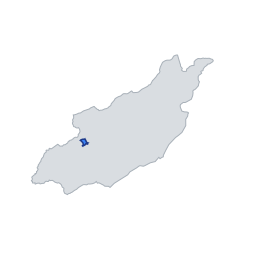 Telmen, Dzavhan, Mongolia (highlighted), rotated 321°
{"feature_id": "93677404B12487525964315", "entity_name": "Telmen", "entity_type": "district", "adm_level": 2, "iso_a3": "MNG", "parent_name": "Mongolia", "parent_adm1": "Dzavhan", "projection": "robinson", "projection_center": [97.583, 48.784], "detail": "fine", "context": "in_parent", "style": "filled", "palette": "blue", "viewbox_px": 256, "rotation_deg": 321, "n_neighbors": 0, "source": "geoboundaries", "source_scale": "gbopen_adm2", "svg_char_len": 4451}
<svg xmlns="http://www.w3.org/2000/svg" viewBox="0 0 256 256"><g transform="rotate(321 128 128)"><path d="M19.8,108.1L20.6,108.1L21.8,107.3L22.0,106.2L22.4,105.6L25.4,105.4L26.7,105.7L26.9,105.0L27.2,104.9L27.9,105.5L28.6,105.2L29.0,105.0L29.5,104.2L30.5,104.3L32.3,103.4L32.3,101.8L32.9,101.4L34.5,101.1L34.7,100.4L35.1,100.2L36.2,100.0L38.2,99.2L39.1,99.2L39.8,98.5L41.6,97.5L44.2,97.1L44.5,96.7L46.9,95.2L49.4,95.2L50.2,93.9L50.6,93.8L52.3,95.3L53.1,95.1L53.4,94.5L54.4,94.5L54.9,95.6L55.5,96.0L63.1,96.4L63.3,96.8L63.7,99.2L65.1,100.3L65.4,100.8L67.5,100.6L68.7,101.5L70.5,101.5L71.4,101.7L73.2,100.9L73.6,100.9L74.2,101.3L75.0,101.0L76.7,101.8L78.0,101.7L78.6,102.0L79.3,101.7L81.2,102.0L82.6,103.3L83.7,103.2L84.9,102.3L85.2,101.7L86.9,101.4L87.9,100.9L88.6,100.4L89.6,98.5L89.8,96.6L88.9,96.3L88.1,95.6L87.6,94.6L87.6,93.9L86.7,92.8L86.8,92.3L87.3,91.3L87.5,89.8L88.1,89.0L89.3,88.5L89.4,87.9L90.2,86.7L92.1,86.0L93.1,84.7L93.7,83.4L94.7,84.1L97.1,85.0L99.2,85.5L100.5,86.4L104.1,86.7L110.1,88.9L111.4,88.8L115.0,89.8L115.3,90.1L115.3,91.8L115.6,92.3L115.8,94.1L116.5,95.0L116.3,96.1L116.7,96.5L117.5,96.6L119.0,97.8L122.2,98.6L123.2,99.3L125.4,99.8L126.5,99.5L128.3,99.7L129.0,99.6L130.1,98.7L130.9,98.5L135.0,97.8L136.1,97.2L136.9,97.1L140.2,97.6L142.5,98.5L145.8,98.4L147.3,99.4L148.1,100.3L149.4,101.1L154.0,101.4L154.2,101.6L154.2,103.6L154.4,103.9L157.5,106.1L158.9,106.7L163.1,106.6L169.6,108.0L171.1,107.6L172.5,108.3L173.0,108.3L177.1,106.5L177.7,106.6L182.0,105.9L184.7,105.0L186.8,105.0L188.4,104.2L189.0,102.7L191.6,100.9L196.2,98.7L199.2,99.1L201.0,99.8L202.9,101.4L204.0,101.9L206.0,102.0L208.6,100.9L210.1,101.2L211.5,101.7L212.4,102.5L208.9,110.8L208.9,111.3L207.7,113.1L207.7,115.8L206.0,116.8L206.4,118.4L206.8,119.0L208.9,120.6L209.5,120.4L210.0,119.7L211.0,119.1L212.9,119.3L214.6,119.0L216.7,119.6L218.7,120.9L221.3,118.0L223.8,117.7L226.2,118.1L228.2,120.0L230.4,120.9L231.1,122.0L232.0,122.4L232.3,122.9L235.2,125.1L235.9,126.6L236.7,127.6L236.8,128.7L236.7,129.2L235.7,129.8L231.9,129.5L229.7,128.4L228.9,129.0L226.1,128.8L224.5,129.2L223.4,129.6L222.8,130.3L222.4,130.5L221.9,130.5L221.0,129.9L220.3,129.9L220.0,130.1L219.7,131.8L217.3,131.8L216.5,131.6L214.5,132.4L214.3,133.1L213.3,134.1L212.5,135.8L212.7,136.6L212.5,137.1L210.8,138.1L209.2,139.5L205.7,140.1L204.0,140.2L202.8,139.8L201.6,140.1L200.7,141.6L198.6,143.6L195.3,145.5L189.2,144.4L188.4,144.1L187.0,142.9L183.5,142.8L182.5,143.6L181.7,144.8L180.5,148.8L182.0,151.0L183.7,152.5L184.4,153.5L184.5,154.4L183.4,154.8L181.9,156.3L178.3,157.6L174.4,162.5L167.1,165.4L162.6,165.5L159.0,165.3L149.3,166.6L143.1,169.2L138.4,171.4L137.5,172.4L137.0,172.6L136.1,172.2L133.6,172.0L133.5,170.2L128.0,171.2L123.5,169.1L117.1,167.8L115.8,167.3L113.6,164.8L112.4,164.5L109.6,164.4L101.9,163.3L98.3,164.2L82.5,162.3L76.8,162.9L76.6,162.7L76.2,161.1L73.5,158.8L73.2,158.2L73.1,157.2L70.9,152.3L69.5,151.6L69.7,149.6L67.7,149.7L65.3,148.9L63.0,147.5L61.8,146.4L60.2,146.2L58.1,144.2L57.2,143.8L52.2,143.1L49.7,143.3L47.0,142.8L43.9,142.7L43.0,142.3L42.1,142.4L40.3,141.5L39.1,141.7L37.7,138.9L38.1,137.2L38.7,136.1L40.2,134.6L40.2,134.0L39.7,132.6L40.5,130.1L40.3,128.5L39.6,126.8L38.5,126.4L37.1,124.0L36.7,122.1L36.1,120.9L34.6,120.1L34.2,119.0L33.7,118.9L33.4,119.3L32.5,119.4L31.5,118.7L31.0,117.9L30.5,117.7L29.5,117.7L28.6,118.1L27.6,117.9L26.7,117.2L24.5,116.1L24.5,115.3L24.2,114.7L23.5,114.5L22.8,113.9L20.6,113.2L20.6,112.8L21.2,112.0L19.7,111.2L19.2,110.5L20.1,109.5L19.7,108.8L19.8,108.1Z" fill="#d9dde1" stroke="#a8b0b8" stroke-width="1"/><path d="M83.3,107.7L83.5,108.4L83.4,108.8L83.4,109.0L83.5,109.4L83.5,109.5L83.6,109.9L83.6,111.3L83.4,111.6L83.0,112.6L82.9,112.8L82.3,113.0L81.5,113.0L81.4,113.2L81.5,113.7L81.8,113.6L82.0,113.5L82.1,113.4L82.2,113.5L82.3,113.5L82.5,113.6L82.7,113.8L82.8,113.8L83.0,113.9L83.2,114.0L83.3,114.0L83.5,114.0L84.0,114.1L84.4,113.9L84.7,113.9L84.9,113.8L85.2,113.8L85.5,113.6L85.7,113.8L85.8,113.9L85.8,114.0L85.8,114.3L86.0,114.4L86.0,114.5L86.3,114.7L86.3,114.8L86.4,115.0L86.5,115.0L86.5,114.9L86.6,114.4L86.8,114.4L87.5,114.4L87.3,114.1L87.1,114.0L86.9,113.6L87.0,112.8L87.0,112.4L87.1,112.0L87.2,111.1L87.4,111.0L87.4,110.8L87.4,110.7L87.4,110.4L87.5,110.3L87.5,110.2L87.6,109.9L87.5,109.7L87.4,109.6L87.5,109.4L87.3,109.4L87.1,109.2L86.7,109.0L86.5,108.8L86.4,108.7L85.9,108.4L85.7,108.2L84.6,107.8L84.2,107.6L84.0,107.8L83.7,107.8L83.3,107.7L83.3,107.7Z" fill="#3b82f6" stroke="#1e3a8a" stroke-width="1.5"/></g></svg>